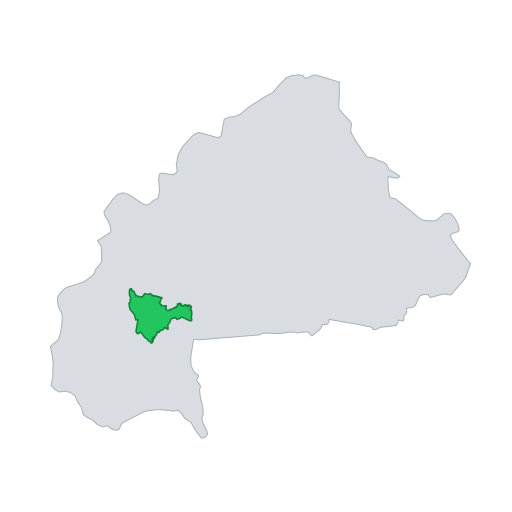 Tuy, Tuy, Burkina Faso (highlighted), rotated 356°
{"feature_id": "67063806B52798800731394", "entity_name": "Tuy", "entity_type": "district", "adm_level": 2, "iso_a3": "BFA", "parent_name": "Burkina Faso", "parent_adm1": "Tuy", "projection": "natural_earth1", "projection_center": [-3.482, 11.43], "detail": "fine", "context": "in_parent", "style": "filled", "palette": "green", "viewbox_px": 512, "rotation_deg": 356, "n_neighbors": 0, "source": "geoboundaries", "source_scale": "gbopen_adm2", "svg_char_len": 8768}
<svg xmlns="http://www.w3.org/2000/svg" viewBox="0 0 512 512"><g transform="rotate(356 256 256)"><path d="M389.4,335.2L375.5,335.8L370.4,337.6L367.4,337.6L367.3,336.2L366.9,335.3L349.3,330.4L337.0,327.5L324.6,324.3L323.9,327.3L322.1,329.3L319.4,329.4L317.5,328.9L316.3,331.2L314.2,334.3L311.3,335.8L308.5,337.7L306.9,339.3L305.8,339.4L302.9,335.5L299.1,335.1L292.0,335.7L288.9,334.7L284.5,334.2L274.2,335.0L257.8,333.4L255.1,334.2L254.4,334.9L238.2,335.1L220.3,335.3L205.3,335.5L192.3,335.6L192.2,335.0L188.0,334.9L187.6,336.2L183.9,351.9L183.5,360.4L185.4,365.7L187.7,369.1L190.1,370.5L190.4,372.4L188.4,374.8L188.6,377.4L190.9,380.0L191.5,382.7L190.3,385.6L190.6,392.4L192.4,403.3L192.4,410.4L190.7,413.6L191.5,419.2L194.8,427.0L195.3,430.3L194.2,431.8L191.5,433.8L188.8,433.8L185.6,429.0L184.3,426.9L181.7,422.1L179.5,417.3L176.6,415.2L173.7,413.2L170.2,407.1L166.8,404.2L163.2,405.1L158.0,403.9L147.5,402.4L136.2,402.9L131.5,404.3L126.8,406.5L115.1,411.4L110.4,413.8L106.9,419.9L102.9,419.8L98.9,417.8L96.4,415.0L91.0,415.7L85.9,413.0L80.9,407.6L77.2,405.9L72.5,402.1L71.2,394.7L68.2,389.6L65.5,382.5L61.4,379.3L56.7,377.6L50.2,377.9L46.0,375.1L42.6,370.9L43.5,367.3L45.0,362.1L45.2,357.2L46.2,349.2L45.6,339.1L44.5,332.1L48.0,329.2L52.2,326.6L54.8,321.8L57.5,311.2L58.6,301.9L57.8,298.5L56.4,295.8L55.3,291.8L54.7,287.0L55.5,282.7L58.6,278.8L62.5,275.5L65.3,273.9L72.7,272.3L81.9,269.9L87.2,267.1L91.1,264.3L93.3,262.1L95.5,257.6L99.1,254.2L101.8,250.7L102.2,240.9L102.2,235.3L100.2,232.2L99.1,229.6L112.7,222.0L112.8,216.6L110.9,210.5L108.2,205.7L107.3,201.5L111.0,196.6L114.4,192.9L116.8,189.7L122.2,184.9L127.8,183.7L132.9,185.5L147.8,196.8L150.4,197.5L153.5,196.6L157.4,193.6L162.5,191.3L164.4,183.8L164.2,172.6L165.4,167.5L168.1,166.6L176.7,168.8L178.9,168.9L181.4,168.2L183.2,166.2L183.2,162.6L182.8,159.5L185.5,149.1L190.7,141.4L201.0,131.7L204.2,129.8L207.9,128.8L226.4,135.4L229.5,133.8L233.9,117.3L239.0,115.7L245.0,115.4L248.9,114.0L250.9,112.9L259.7,106.6L275.2,98.1L283.5,94.4L285.1,93.1L291.1,87.0L299.0,80.1L304.0,78.7L311.0,78.2L315.4,79.3L316.6,81.3L318.1,82.3L327.2,79.3L340.2,84.0L351.5,88.7L350.8,91.6L350.8,96.8L349.9,104.9L348.8,114.7L353.5,121.1L359.1,127.9L360.6,130.6L359.1,137.3L360.2,141.2L363.2,147.8L368.2,156.1L373.4,164.7L377.0,165.8L380.4,166.5L382.5,168.1L385.5,169.6L388.5,170.5L391.1,172.4L392.8,174.2L395.0,179.5L400.8,183.0L404.9,186.5L403.3,188.2L398.2,187.5L393.5,186.0L392.8,188.6L392.7,198.3L393.5,206.3L394.6,207.4L399.4,208.9L410.9,219.4L421.2,229.3L424.7,231.9L430.4,232.9L436.8,233.3L439.6,232.4L445.8,227.4L449.1,226.8L452.1,227.0L453.8,227.8L456.8,231.9L459.6,238.0L460.4,242.6L460.2,245.0L459.2,245.9L454.1,247.1L451.9,248.0L451.4,249.4L452.2,252.4L453.2,254.4L458.8,263.3L466.9,275.3L469.4,278.4L468.0,281.9L464.0,291.3L461.0,295.2L447.5,308.5L440.9,306.9L427.0,309.6L424.9,306.5L421.7,306.1L417.6,306.7L416.2,307.8L415.7,309.1L414.3,311.0L411.8,316.2L409.8,317.6L407.3,318.4L404.3,318.3L402.5,318.9L402.5,321.6L402.0,323.8L400.0,325.0L399.1,327.5L399.3,330.0L398.1,331.1L395.5,330.5L393.9,329.8L392.5,333.0L390.7,335.2L389.4,335.2Z" fill="#d9dde1" stroke="#a8b0b8" stroke-width="1"/><path d="M148.3,286.2L148.1,286.1L147.9,286.3L147.6,286.2L147.0,286.5L145.1,286.6L143.6,286.3L142.3,285.7L142.1,285.8L142.0,286.1L141.8,286.4L141.6,286.9L141.0,287.4L140.8,287.7L140.5,288.0L140.2,288.5L139.8,288.8L139.6,289.2L139.1,288.8L138.4,288.5L137.8,288.6L137.4,288.8L136.9,288.8L136.6,288.6L136.4,288.4L136.3,288.2L136.1,288.1L135.7,287.8L134.9,287.7L133.2,287.3L133.3,287.1L133.4,286.8L133.2,285.8L132.5,285.3L132.4,285.0L132.1,284.5L132.2,284.1L132.0,283.0L131.3,282.6L130.9,282.4L130.2,282.4L130.0,282.2L129.5,282.0L129.5,281.8L129.8,281.0L129.9,280.6L129.8,280.4L129.6,280.1L129.4,280.1L129.2,279.9L128.6,279.9L128.3,280.1L128.1,280.2L127.9,280.4L127.7,280.6L127.6,281.2L127.3,281.5L127.2,281.9L127.1,285.4L127.0,285.5L127.1,286.0L127.2,286.7L127.3,287.0L127.7,287.7L128.0,289.5L127.5,290.7L127.3,291.2L127.3,291.6L127.5,292.6L127.5,293.0L126.1,294.0L126.0,294.8L126.2,297.6L126.2,298.4L126.8,300.7L130.5,305.7L131.6,311.3L133.8,311.4L131.2,321.8L131.1,323.5L131.6,324.0L131.8,324.3L131.9,324.8L132.5,325.1L132.8,325.3L133.1,325.3L133.4,325.0L133.6,324.6L134.0,324.7L134.7,324.4L135.2,324.1L135.4,324.1L135.6,323.9L135.7,324.3L135.9,324.5L136.4,324.3L136.5,324.4L136.4,324.8L136.6,324.9L136.7,325.3L136.9,325.4L137.0,325.7L137.5,326.3L137.6,326.5L137.8,326.8L137.8,327.2L138.0,327.6L138.3,327.7L138.4,327.9L138.6,328.3L139.1,328.9L139.1,329.0L139.3,329.1L139.4,329.4L139.7,329.5L139.7,329.8L140.0,330.0L140.3,330.3L140.7,330.6L141.0,330.7L141.2,331.0L141.5,331.1L141.9,331.7L142.1,331.8L142.3,332.2L142.7,332.8L142.7,333.0L142.9,333.1L143.1,333.5L143.4,333.6L144.2,334.1L144.6,333.9L144.9,334.3L145.4,334.5L145.5,334.6L145.4,334.9L145.4,335.6L146.0,335.5L146.2,335.3L146.1,335.2L146.1,334.9L146.3,335.0L146.6,334.9L146.7,334.7L147.1,334.2L147.1,333.8L147.2,333.6L147.4,333.5L147.4,333.4L147.6,333.3L147.6,332.9L147.3,332.1L147.1,332.4L146.7,332.6L146.4,332.2L146.9,331.7L146.8,331.3L147.1,331.1L147.2,331.3L147.2,331.1L147.4,331.2L147.8,331.0L148.0,331.1L148.0,330.8L147.8,330.6L147.7,330.3L148.3,329.5L148.7,329.2L149.0,329.2L149.1,329.4L148.6,329.7L149.0,330.2L149.0,330.7L149.3,330.6L149.4,329.7L150.5,328.2L151.1,327.7L151.4,326.9L151.7,326.6L151.7,326.4L152.0,326.2L152.0,325.8L151.8,325.6L151.8,325.3L152.1,324.8L152.3,324.8L152.7,324.6L153.4,325.3L154.2,325.3L154.4,325.2L154.9,324.3L155.1,323.9L155.2,323.4L156.2,323.4L156.9,323.6L158.0,323.0L159.1,322.1L159.5,321.7L159.8,321.0L160.1,320.8L160.5,320.9L160.7,321.1L160.8,321.3L161.1,321.4L161.2,321.6L161.4,321.6L161.4,322.1L161.6,322.2L161.7,322.5L161.9,322.6L162.1,322.7L162.2,322.4L162.4,322.3L162.5,321.9L163.0,321.9L163.2,322.1L163.2,321.7L163.4,320.5L163.2,319.9L163.1,319.1L163.4,318.4L163.7,317.9L165.1,316.5L165.5,315.9L166.7,313.3L166.9,313.0L167.3,312.8L168.5,312.3L169.9,312.4L170.5,312.0L171.0,311.6L172.1,312.7L172.4,313.3L172.6,313.7L172.8,313.8L173.3,313.5L174.0,313.2L175.7,313.1L176.6,312.2L177.2,311.9L177.5,311.9L178.4,312.0L179.0,312.4L179.4,312.7L179.8,313.0L181.6,313.8L182.3,314.3L182.7,314.4L182.9,314.7L183.5,315.0L184.4,315.4L185.2,315.9L185.6,316.0L186.0,315.9L186.6,316.1L186.8,316.0L187.0,316.1L187.2,315.8L187.5,315.2L187.5,314.5L187.2,313.3L187.3,312.5L187.6,311.0L187.6,310.5L188.0,309.1L188.0,308.3L187.8,307.3L187.9,305.9L187.8,305.6L187.5,305.3L187.1,305.3L186.7,305.2L186.6,304.9L186.6,304.5L187.3,303.9L187.6,303.5L187.8,303.0L188.0,302.2L187.5,301.4L187.1,300.9L186.8,300.9L186.8,300.7L186.6,300.6L186.3,300.9L186.0,301.0L185.7,300.8L185.5,300.5L185.2,300.2L184.8,300.2L184.6,300.4L184.6,300.5L184.9,301.1L185.0,301.4L184.9,301.4L184.8,301.7L184.5,301.5L184.2,301.6L184.0,301.4L183.9,301.4L183.5,301.1L183.3,301.0L183.2,300.7L183.0,300.2L182.3,299.7L182.0,299.6L181.9,299.7L182.0,300.0L182.0,300.4L181.3,300.0L180.9,300.0L180.4,300.5L180.1,300.5L179.9,300.8L179.6,301.0L179.7,301.3L179.5,301.1L179.2,300.8L179.2,300.5L178.6,300.3L178.2,300.3L177.9,300.3L177.7,299.5L177.8,299.4L178.1,299.2L178.2,298.9L177.5,298.9L177.3,298.6L177.3,298.3L177.0,298.3L176.9,298.2L176.6,298.6L176.4,298.5L176.1,297.9L175.7,298.3L175.3,298.2L174.8,298.3L174.8,298.5L175.1,298.9L174.9,299.3L174.5,299.4L174.3,299.2L174.3,299.3L174.3,299.5L174.2,299.7L174.0,299.9L174.0,300.3L173.6,300.5L173.6,300.8L173.1,301.0L173.0,301.3L172.9,301.2L172.4,301.3L172.3,301.5L172.2,301.5L172.0,301.9L171.9,301.8L171.5,301.7L171.1,302.0L170.9,302.1L170.7,302.3L170.4,302.2L170.3,302.3L169.9,302.3L169.5,302.7L169.1,302.8L168.8,303.0L168.7,303.3L168.5,303.5L168.3,303.5L168.1,303.6L167.5,303.4L167.4,303.5L167.3,303.3L167.0,303.1L166.7,303.1L165.9,303.7L165.5,304.1L165.3,304.1L165.2,304.2L165.1,304.4L164.6,304.3L163.7,304.3L163.5,304.2L163.3,304.0L163.2,303.7L162.6,303.3L162.3,302.8L162.2,302.4L162.3,302.3L162.7,302.2L162.9,301.9L162.6,301.4L162.7,300.7L162.8,300.4L162.9,299.4L162.1,299.4L161.9,299.6L161.4,299.5L161.2,299.2L160.6,299.3L159.3,299.3L158.1,298.8L158.2,298.3L158.2,298.0L157.8,297.8L157.1,297.1L156.8,297.0L156.2,295.8L156.2,295.7L156.4,295.6L156.9,295.6L157.2,295.0L157.5,294.7L157.6,293.9L157.6,293.6L157.8,293.0L158.1,292.7L158.2,292.4L158.6,292.1L159.0,291.6L158.9,291.5L159.1,291.3L159.2,291.0L158.8,290.8L158.5,291.1L157.8,291.0L157.2,290.2L156.8,290.0L156.7,290.1L156.6,290.3L156.4,290.3L156.4,290.2L156.2,290.2L155.8,290.0L155.7,289.9L155.3,289.8L154.9,289.6L154.9,289.8L154.6,289.6L154.7,289.4L153.9,289.2L153.3,288.9L152.8,289.1L152.7,289.2L152.4,289.2L152.1,289.1L152.3,288.8L152.2,288.8L151.9,288.8L151.7,288.7L151.2,288.7L151.3,288.5L151.2,288.4L150.9,288.7L150.7,288.6L150.3,288.4L150.1,288.0L149.9,288.1L149.9,287.8L149.5,287.7L149.3,287.5L148.5,286.8L148.3,286.2Z" fill="#22c55e" stroke="#15803d" stroke-width="1.5"/></g></svg>